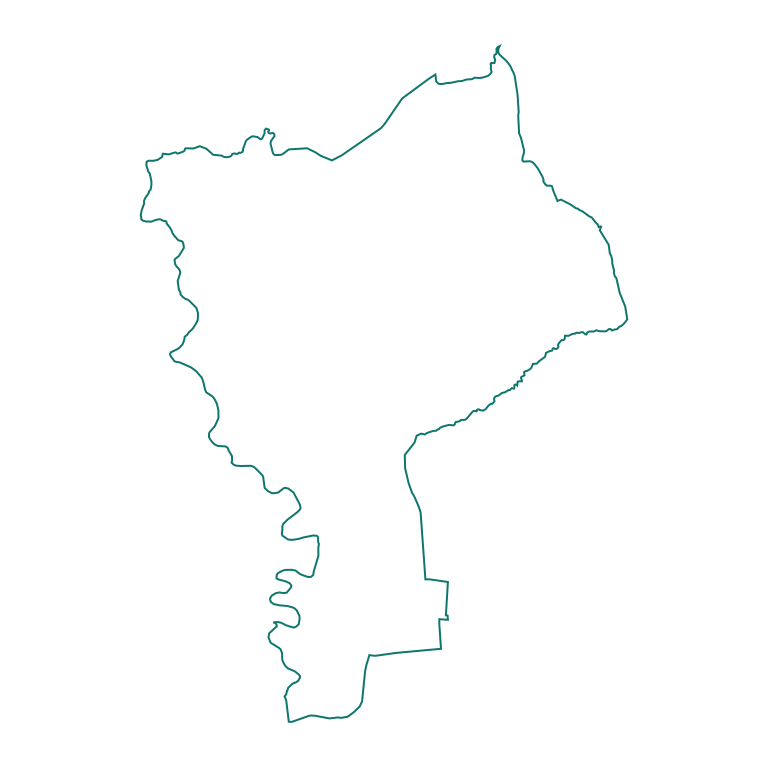 Progreso de Obregón, Hidalgo, Mexico
{"feature_id": "50627088B79167311064523", "entity_name": "Progreso de Obregón", "entity_type": "district", "adm_level": 2, "iso_a3": "MEX", "parent_name": "Mexico", "parent_adm1": "Hidalgo", "projection": "mercator", "projection_center": [-99.182, 20.304], "detail": "fine", "context": "isolated", "style": "outline", "palette": "teal", "viewbox_px": 768, "rotation_deg": 0, "n_neighbors": 0, "source": "geoboundaries", "source_scale": "gbopen_adm2", "svg_char_len": 6085}
<svg xmlns="http://www.w3.org/2000/svg" viewBox="0 0 768 768"><path d="M599.5,331.2L605.1,331.4L606.6,330.9L609.0,329.1L610.5,329.0L612.1,330.5L614.3,329.6L617.2,329.1L619.5,326.6L621.2,326.0L623.8,323.8L627.3,319.4L625.2,306.6L619.7,292.8L616.3,277.9L614.9,276.5L613.8,272.8L614.1,271.0L612.3,263.6L612.1,259.5L611.2,256.0L609.8,253.2L608.7,244.8L599.8,230.3L601.1,226.6L600.7,226.4L598.8,227.1L597.6,224.2L596.2,223.1L591.7,217.4L589.3,216.4L582.4,211.3L579.3,210.0L578.0,208.7L576.2,208.4L570.0,204.2L560.9,199.6L557.5,201.0L553.0,190.1L552.1,186.3L550.3,185.7L546.9,185.7L545.2,184.2L543.4,181.6L543.5,179.5L542.3,176.4L537.8,168.4L534.1,163.6L532.0,161.9L529.5,161.2L523.5,161.6L522.4,160.5L522.6,157.0L523.8,153.6L524.1,150.5L520.9,137.6L519.1,133.4L518.2,115.6L518.7,112.1L517.5,94.3L514.9,77.4L514.3,74.5L510.1,65.7L506.4,60.9L499.8,54.9L498.7,53.3L498.2,51.6L498.4,48.7L499.7,46.1L497.9,46.9L496.5,48.6L496.6,52.3L496.2,54.0L494.6,54.8L494.1,56.9L495.2,59.9L494.5,62.9L492.7,63.2L491.4,62.8L490.6,63.9L491.0,66.1L490.8,69.0L491.6,71.8L490.7,73.5L488.2,75.8L482.8,77.5L479.5,78.0L474.4,77.7L472.1,79.2L466.5,79.5L462.0,81.0L457.7,81.3L451.0,82.8L446.4,83.1L442.4,84.0L440.4,84.0L438.4,83.7L436.2,81.4L435.4,74.5L428.8,78.8L402.2,98.4L385.1,123.3L381.1,128.1L341.8,155.3L332.0,160.4L320.7,155.8L315.7,152.5L307.1,148.3L288.9,149.4L282.4,154.3L280.4,154.9L275.0,155.1L273.6,154.1L272.8,152.7L270.5,143.5L271.0,141.0L274.5,136.0L274.3,134.3L273.0,132.9L270.3,133.5L268.7,133.0L268.2,131.6L269.0,130.4L268.9,129.6L266.1,128.6L264.6,130.2L264.6,133.3L262.1,138.5L261.3,139.1L260.4,139.2L257.4,137.0L252.9,136.3L251.5,136.6L247.0,139.7L245.9,141.1L243.1,148.8L242.8,151.3L242.1,152.2L240.2,152.9L239.3,152.6L237.0,154.1L234.2,153.4L232.3,154.0L231.5,155.6L229.9,156.7L226.4,157.3L223.4,156.7L221.7,155.6L213.2,154.8L206.3,148.7L199.7,146.2L193.5,148.5L185.7,148.3L185.0,148.9L184.5,150.7L183.6,151.4L178.5,153.4L177.1,153.5L176.3,152.7L175.2,152.4L168.6,154.4L163.1,153.7L162.5,154.5L162.2,156.9L157.6,159.9L153.2,160.8L148.6,160.7L146.7,161.7L146.3,165.0L148.3,171.6L149.8,173.7L151.4,181.3L151.4,185.1L150.6,189.6L149.2,191.1L148.5,193.4L145.1,198.3L144.1,200.6L144.1,203.6L141.6,210.6L140.7,215.6L141.3,217.4L141.3,219.3L142.8,220.6L146.0,221.5L151.5,221.6L155.8,219.9L158.9,219.3L160.6,219.4L163.1,220.8L165.7,221.1L166.6,222.2L166.6,223.5L169.7,227.3L171.4,230.2L172.4,232.9L174.5,236.0L178.2,240.2L181.8,241.2L182.5,241.8L183.4,243.9L183.9,247.9L178.8,256.1L175.3,258.8L174.5,259.9L175.2,264.3L176.6,266.5L178.8,268.8L179.9,271.0L180.2,273.0L177.7,281.1L178.9,289.8L180.4,292.2L180.5,294.4L182.9,297.1L185.7,299.1L187.4,299.5L189.5,301.0L196.0,307.5L196.6,308.4L198.0,313.4L197.8,319.6L196.3,323.2L192.6,328.8L188.5,332.8L186.9,335.1L184.8,336.6L184.0,340.8L182.4,344.6L179.3,347.8L177.6,349.0L170.8,352.4L170.0,354.2L170.5,355.8L174.1,360.8L175.4,361.7L179.7,362.4L190.9,367.3L196.4,371.4L201.9,377.8L203.3,381.9L205.1,389.7L206.3,392.4L212.5,396.4L214.8,399.5L217.0,404.1L218.4,410.4L218.5,418.1L214.9,426.0L209.6,432.2L209.0,433.9L209.0,437.1L210.2,439.4L212.2,442.0L214.3,444.2L217.9,446.0L225.4,446.4L227.6,447.7L228.7,450.6L232.0,456.1L232.1,460.4L231.6,462.7L233.7,464.7L236.2,465.7L240.6,466.0L251.0,465.8L253.8,466.9L255.7,468.5L262.4,475.3L263.1,476.6L264.7,488.0L267.9,491.1L271.9,493.1L274.4,493.2L278.2,492.5L283.5,488.4L285.0,487.8L288.2,488.5L293.5,492.4L299.9,504.7L300.5,507.7L300.3,509.1L297.4,512.1L287.3,519.8L283.1,524.2L282.3,526.6L282.4,529.7L281.8,533.7L282.6,535.8L288.1,539.5L292.1,539.9L298.2,539.0L303.2,537.5L313.0,535.5L316.3,535.7L317.2,536.1L318.1,537.3L318.1,541.5L318.9,544.1L318.3,547.7L318.4,555.8L313.7,571.6L313.3,574.9L310.7,577.0L307.7,576.9L301.7,574.8L299.1,573.4L295.5,570.5L291.7,569.8L285.5,569.9L282.6,570.7L278.4,572.8L276.8,574.6L276.5,578.3L277.9,579.3L285.2,581.2L289.7,583.2L291.3,585.6L291.2,587.2L286.7,592.7L283.2,593.1L279.3,592.4L275.6,593.3L271.9,595.5L270.4,597.7L270.0,599.2L270.8,601.9L273.7,604.1L279.4,605.3L287.5,606.0L293.2,607.6L294.9,608.6L296.8,610.5L299.4,615.8L299.6,619.0L298.7,624.3L296.2,626.6L294.5,627.4L292.9,627.4L286.4,625.4L281.2,622.8L277.8,622.0L273.3,622.4L275.2,623.0L276.5,624.4L276.8,626.3L269.2,633.3L268.5,637.4L270.7,642.8L279.4,648.2L280.6,649.4L282.0,653.0L282.2,659.1L282.8,661.4L285.1,665.7L287.9,668.4L294.6,671.2L298.8,674.5L300.0,676.2L300.0,677.5L298.3,680.7L296.0,682.3L292.5,683.7L288.2,687.8L287.5,690.2L286.9,691.0L286.3,694.2L284.6,696.4L286.2,700.3L288.8,721.7L291.8,721.9L308.7,715.9L311.1,715.5L315.3,715.8L329.4,718.4L338.3,717.4L340.5,717.9L347.5,716.8L353.7,712.3L359.7,706.5L362.1,701.3L365.1,671.2L366.5,664.6L369.4,655.1L374.3,655.8L376.9,655.6L396.2,652.9L441.0,648.8L439.3,623.9L439.3,619.2L447.9,619.8L447.6,615.5L445.9,615.3L447.9,582.0L429.4,579.3L425.4,579.3L420.6,512.3L418.5,506.1L414.1,496.0L412.0,492.7L408.6,483.0L405.1,468.2L404.8,454.9L414.5,442.7L416.7,435.7L421.2,433.6L424.9,434.5L426.6,433.2L429.6,432.1L433.4,430.9L436.3,430.7L437.3,429.7L439.3,428.8L440.1,427.7L443.0,426.5L448.5,425.0L453.7,425.3L454.8,424.4L455.6,422.1L459.5,421.3L460.9,420.0L465.0,419.8L466.6,418.8L472.7,411.5L474.2,410.9L476.6,411.3L477.0,409.8L477.8,409.4L479.0,409.4L479.9,410.1L483.1,410.6L485.5,409.3L488.6,405.5L491.0,403.7L492.3,403.8L493.8,402.2L494.5,401.1L494.0,398.8L494.8,397.1L496.3,396.1L498.3,395.7L501.9,393.0L505.2,392.2L508.1,390.3L510.1,389.9L511.7,388.2L513.9,388.7L514.2,388.3L514.4,385.1L515.1,384.6L516.1,384.6L517.2,385.5L517.7,381.7L518.4,381.3L521.9,381.3L522.0,380.7L521.0,378.0L521.2,377.1L524.5,375.3L524.1,372.2L524.4,371.6L527.0,370.9L529.8,369.3L531.4,367.8L532.9,363.9L536.6,363.7L539.5,360.9L545.1,356.8L546.0,352.9L549.2,351.3L552.0,350.6L552.9,348.5L553.6,348.1L555.2,349.0L556.3,349.0L557.3,348.4L558.1,347.6L558.4,346.5L557.9,345.3L558.7,343.4L561.5,340.2L563.5,340.0L564.2,339.6L564.9,338.0L564.8,336.1L565.2,335.6L568.3,335.9L572.3,334.0L575.4,333.5L576.4,332.7L579.0,333.0L581.7,332.1L583.0,332.3L585.0,334.1L586.3,334.5L587.4,332.3L589.5,331.5L593.6,331.5L596.4,330.3L599.5,331.2Z" fill="none" stroke="#0f766e" stroke-width="2"/></svg>